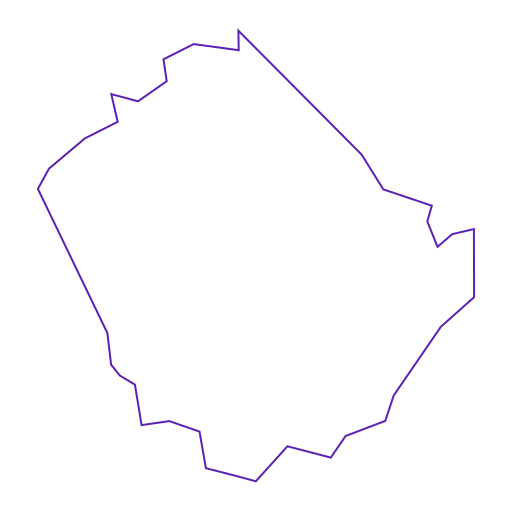 Appomattox, Virginia, United States of America (Albers equal-area conic projection)
{"feature_id": "52423323B11653599208682", "entity_name": "Appomattox", "entity_type": "district", "adm_level": 2, "iso_a3": "USA", "parent_name": "United States of America", "parent_adm1": "Virginia", "projection": "albers", "projection_center": [-78.811, 37.377], "detail": "fine", "context": "isolated", "style": "outline", "palette": "violet", "viewbox_px": 512, "rotation_deg": 0, "n_neighbors": 0, "source": "geoboundaries", "source_scale": "gbopen_adm2", "svg_char_len": 549}
<svg xmlns="http://www.w3.org/2000/svg" viewBox="0 0 512 512"><path d="M238.4,30.7L238.7,50.2L193.6,44.1L163.5,59.3L166.7,81.2L138.0,101.3L111.3,94.1L117.7,121.8L85.0,138.3L49.0,168.6L37.9,188.9L107.4,333.1L111.1,364.7L119.9,375.6L134.9,384.6L141.6,425.1L169.3,421.1L199.5,431.6L205.9,468.2L239.4,476.8L255.8,481.3L287.4,446.3L330.8,457.6L345.6,436.0L385.3,420.9L393.7,395.5L440.9,326.7L474.1,297.2L473.9,229.1L452.3,234.1L437.5,246.8L427.3,221.4L431.8,205.7L383.3,189.4L361.8,154.8L238.4,30.7Z" fill="none" stroke="#5b21b6" stroke-width="2"/></svg>